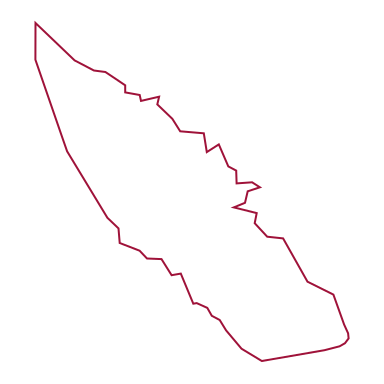 the district of Pasquotank, North Carolina, United States of America
{"feature_id": "52423323B46156622998042", "entity_name": "Pasquotank", "entity_type": "district", "adm_level": 2, "iso_a3": "USA", "parent_name": "United States of America", "parent_adm1": "North Carolina", "projection": "robinson", "projection_center": [-76.265, 36.317], "detail": "fine", "context": "isolated", "style": "outline", "palette": "rose", "viewbox_px": 384, "rotation_deg": 0, "n_neighbors": 0, "source": "geoboundaries", "source_scale": "gbopen_adm2", "svg_char_len": 771}
<svg xmlns="http://www.w3.org/2000/svg" viewBox="0 0 384 384"><path d="M62.7,138.7L67.1,151.3L107.4,217.8L118.5,228.4L119.7,243.0L139.6,250.7L147.0,258.5L161.5,259.1L171.6,275.2L180.8,273.6L193.3,303.7L196.7,303.1L207.3,307.9L211.8,315.8L219.7,320.0L226.1,330.4L241.5,348.7L261.8,361.0L324.5,350.2L339.6,346.3L345.0,343.2L348.6,338.4L348.1,333.3L344.1,324.5L333.4,294.6L307.5,281.7L283.1,238.4L267.2,236.7L254.7,223.2L256.7,213.1L233.8,207.4L245.0,202.8L247.7,191.3L259.9,187.3L252.1,182.3L236.6,183.4L236.2,170.6L228.3,166.4L218.8,144.4L206.8,152.1L203.8,133.3L180.2,131.3L172.4,118.9L157.3,104.4L159.1,96.7L141.0,100.9L139.7,95.0L125.2,92.4L125.2,85.3L105.4,72.0L93.9,70.5L74.6,60.4L35.5,23.0L35.4,59.7L62.7,138.7Z" fill="none" stroke="#9f1239" stroke-width="2"/></svg>